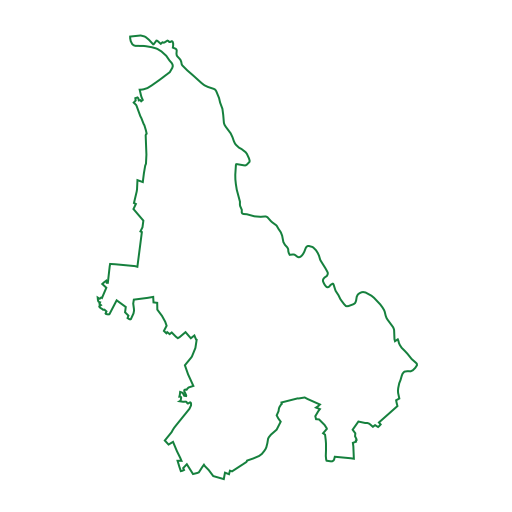 Thanh Mien, Hải Dương, Vietnam (Equal Earth projection), rotated 179°
{"feature_id": "81297802B67689154766571", "entity_name": "Thanh Mien", "entity_type": "district", "adm_level": 2, "iso_a3": "VNM", "parent_name": "Vietnam", "parent_adm1": "Hải Dương", "projection": "equal_earth", "projection_center": [106.217, 20.766], "detail": "fine", "context": "isolated", "style": "outline", "palette": "green", "viewbox_px": 512, "rotation_deg": 179, "n_neighbors": 0, "source": "geoboundaries", "source_scale": "gbopen_adm2", "svg_char_len": 6071}
<svg xmlns="http://www.w3.org/2000/svg" viewBox="0 0 512 512"><g transform="rotate(179 256 256)"><path d="M132.6,205.4L138.8,212.2L141.3,214.3L147.1,217.6L149.6,218.1L151.0,217.9L152.5,217.3L154.0,216.4L154.9,215.6L156.0,213.5L156.7,209.7L157.2,208.3L157.8,207.2L158.7,206.5L159.9,205.9L164.5,204.3L166.2,204.2L167.0,204.4L168.7,206.2L171.4,209.9L172.5,211.6L174.2,215.3L176.9,219.6L177.3,220.6L178.9,226.0L179.3,226.8L179.7,227.0L180.4,226.7L181.9,225.8L183.2,224.3L184.0,223.7L185.1,223.5L185.8,223.7L186.6,224.4L187.8,226.0L188.6,227.5L189.4,229.4L189.5,230.3L189.3,231.4L188.7,232.3L187.8,233.3L185.8,234.6L185.3,235.1L184.6,236.7L184.5,237.8L184.9,238.9L186.8,242.5L191.3,250.0L191.9,251.2L193.0,255.2L194.2,257.9L195.9,260.7L198.3,263.2L199.3,264.0L203.0,265.1L203.9,265.1L204.8,264.7L205.5,264.1L206.2,263.0L207.6,259.5L208.7,257.5L209.9,255.9L211.1,254.8L212.2,254.2L213.2,254.0L214.0,254.2L214.9,254.7L216.6,256.1L217.6,256.7L218.8,256.9L222.3,256.6L223.2,258.5L223.6,260.1L223.7,262.1L224.0,263.0L224.7,264.2L226.9,266.7L228.4,269.5L229.5,275.8L230.6,278.8L231.1,279.8L232.9,282.5L234.8,285.9L235.4,286.5L239.2,289.4L240.5,290.6L243.9,294.6L245.1,295.2L245.9,295.4L250.7,295.1L256.9,295.7L264.4,297.9L267.6,298.2L268.5,298.5L269.1,298.9L269.5,299.8L269.4,302.4L271.0,306.3L271.2,307.8L271.1,310.6L274.1,322.7L274.9,328.4L275.3,333.0L275.3,337.6L274.5,347.3L274.2,348.1L273.6,348.2L266.1,346.8L264.8,346.8L263.6,347.5L260.9,350.2L260.7,351.1L260.8,351.8L261.3,353.7L263.3,358.2L264.5,359.9L268.6,363.2L271.1,364.6L273.9,367.3L275.0,368.7L276.1,371.1L277.4,375.1L279.2,379.1L283.9,385.6L285.1,387.6L285.6,389.0L285.8,390.1L286.3,397.5L287.0,403.7L289.2,410.0L290.2,414.6L292.8,421.3L293.3,422.2L294.0,423.1L295.2,423.8L301.2,425.9L304.4,427.5L305.4,428.2L307.7,430.1L315.7,437.6L321.5,442.8L326.3,447.8L326.9,448.8L327.4,451.6L328.1,453.4L329.1,454.7L331.1,456.9L331.7,457.8L332.0,459.6L331.7,462.8L331.8,463.3L332.1,464.0L332.7,464.6L335.5,465.8L335.2,467.6L335.1,469.7L335.5,471.4L335.9,471.9L336.3,472.2L336.8,472.2L337.7,471.5L339.0,471.5L339.8,472.5L340.8,472.9L343.8,471.1L344.7,470.9L345.8,471.3L347.5,469.8L350.8,472.8L351.5,473.1L351.8,473.1L354.6,469.5L355.1,469.4L359.3,474.1L362.6,476.9L363.8,477.5L367.5,478.5L378.0,477.6L378.0,475.8L377.5,473.0L376.1,470.1L375.6,469.6L374.6,468.8L372.9,468.2L365.0,468.0L362.5,467.7L356.7,466.6L352.6,465.4L350.9,464.7L347.0,462.2L342.2,457.7L339.1,453.0L336.9,450.4L336.1,448.8L335.9,447.3L336.4,445.6L339.0,441.3L349.6,433.6L357.4,428.3L361.6,425.8L365.6,424.6L367.9,424.3L369.4,424.3L368.1,418.2L367.5,416.3L366.5,414.0L368.1,412.7L369.1,413.9L370.5,413.6L370.9,415.7L371.7,416.6L373.9,415.9L373.6,413.6L375.6,411.5L373.2,409.1L372.8,408.2L369.2,397.8L368.2,395.8L366.1,390.1L365.3,388.6L363.9,383.6L363.2,380.3L363.3,380.0L363.9,379.5L364.2,378.5L363.8,359.2L364.4,350.2L365.2,348.3L366.6,340.9L367.9,331.9L373.2,333.9L373.8,324.6L374.2,322.4L377.1,311.1L375.2,310.1L377.7,305.1L368.0,293.3L369.0,286.7L371.1,282.6L369.7,281.9L374.8,247.3L377.2,248.0L396.9,250.2L402.0,250.6L402.5,247.9L404.6,231.8L405.7,231.8L406.2,233.9L408.4,232.3L410.2,230.7L406.2,226.9L410.7,216.8L411.2,217.2L411.7,217.1L412.8,216.1L413.2,216.0L415.0,217.2L414.8,214.7L414.4,213.3L413.7,212.7L412.7,212.4L413.4,210.9L411.9,209.6L413.5,208.6L413.6,208.2L413.5,207.9L412.6,206.9L410.3,205.4L409.8,204.9L408.5,205.0L406.5,203.2L407.4,201.1L406.9,200.6L405.0,200.2L403.7,200.3L403.5,200.5L396.1,214.1L387.1,207.3L387.9,202.0L384.6,198.6L385.5,196.2L384.0,195.2L383.0,194.8L382.2,195.1L379.5,200.7L379.2,202.1L378.9,203.5L379.0,205.5L379.6,210.6L378.9,214.5L365.3,216.0L359.5,216.9L359.3,211.4L355.6,210.9L355.6,204.1L351.0,197.7L347.9,191.8L346.6,187.8L349.4,182.7L347.0,180.3L346.1,181.4L343.7,179.4L341.6,181.0L337.5,176.7L335.6,175.2L333.8,176.2L327.8,181.1L322.6,174.9L319.0,177.6L317.4,173.6L316.8,173.3L318.2,165.1L321.7,156.9L322.3,155.9L329.0,148.0L326.0,138.9L320.9,127.2L325.7,125.7L326.9,124.6L327.7,123.5L328.2,123.5L329.0,123.7L329.8,123.4L330.1,122.8L330.1,122.1L328.4,118.4L328.2,117.5L328.3,117.2L330.2,117.5L331.5,120.1L332.5,120.8L334.2,121.4L334.6,118.5L335.1,116.7L334.1,116.7L333.6,116.4L333.4,116.0L333.3,115.5L333.9,112.7L334.9,112.1L331.4,111.5L328.9,111.6L328.2,111.4L327.1,109.9L326.8,109.7L326.2,109.8L324.8,110.7L324.3,110.8L323.8,110.4L323.6,109.9L323.5,109.1L323.6,107.7L325.2,104.4L338.6,88.4L340.8,85.7L342.2,83.6L343.5,81.3L350.4,73.1L346.7,69.0L342.2,71.6L338.5,62.3L335.2,55.3L334.1,52.5L338.0,52.6L336.3,46.6L334.9,42.2L333.2,42.6L331.7,43.3L332.5,45.2L328.8,49.0L322.8,39.1L318.4,40.1L316.9,40.7L313.5,45.8L311.7,48.2L310.8,46.8L307.0,42.8L302.6,36.7L292.1,33.5L290.8,39.9L286.8,38.3L285.8,41.8L283.7,41.1L269.5,50.0L268.9,50.6L268.5,51.6L262.3,53.6L256.4,56.0L253.6,58.0L251.1,61.0L249.8,62.9L249.0,64.6L247.9,68.7L247.1,73.1L246.3,74.6L244.2,77.1L238.4,82.0L234.2,89.9L236.6,93.3L238.1,96.3L236.2,100.4L235.7,103.2L235.2,104.5L233.3,107.4L232.8,107.7L233.1,109.1L216.9,112.9L215.8,112.8L209.8,113.7L206.9,112.1L194.7,106.4L196.2,105.0L198.6,103.4L194.8,101.8L196.4,99.8L199.5,94.8L198.8,91.8L195.8,91.5L190.4,85.9L188.3,82.5L188.2,81.9L192.0,77.6L190.1,76.2L190.0,75.6L189.5,70.7L189.3,67.3L189.4,60.7L189.7,54.8L189.4,51.3L189.0,50.1L184.9,49.4L183.4,49.4L182.2,50.1L181.5,51.0L180.7,53.9L164.6,52.1L161.7,51.6L162.0,63.9L162.4,67.5L159.2,68.6L159.4,69.9L158.6,70.3L158.9,71.5L160.1,74.0L159.8,77.0L162.4,80.6L161.7,81.6L156.5,88.7L149.7,87.1L147.6,87.1L146.0,86.5L145.0,85.8L142.1,83.2L139.9,84.8L136.9,82.9L135.7,83.9L134.3,85.4L136.0,87.4L117.2,103.5L118.0,106.9L118.4,109.3L115.2,111.0L116.3,116.6L116.4,118.9L116.1,121.5L115.0,126.3L113.7,129.4L112.3,133.9L111.5,135.8L110.2,137.3L109.5,137.8L106.5,138.2L103.4,138.0L101.2,139.0L98.8,141.3L97.0,143.9L97.0,145.2L97.5,146.0L102.2,150.3L106.2,155.5L108.7,158.3L112.0,161.7L113.8,164.6L114.6,166.5L115.2,169.0L115.7,170.2L118.5,168.4L119.0,170.4L119.2,179.1L119.3,180.1L119.6,181.0L120.1,182.3L121.0,183.6L125.7,190.2L126.6,191.8L127.4,194.1L128.3,198.1L128.9,199.7L130.4,202.3L132.6,205.4Z" fill="none" stroke="#15803d" stroke-width="2"/></g></svg>